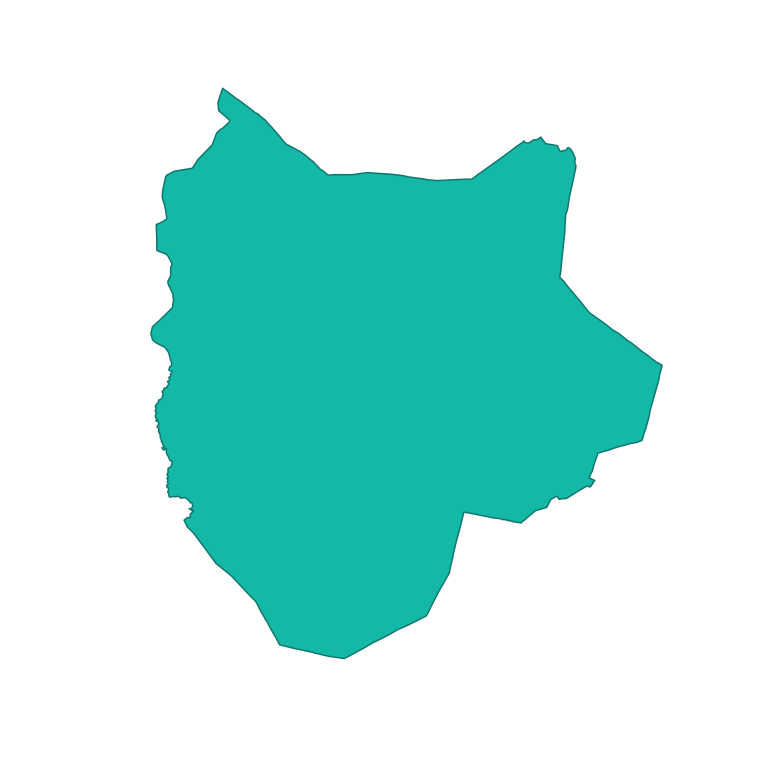 Riebiņu pag., Riebinu, Latvia (Mercator projection), rotated 285°
{"feature_id": "27541924B17369657995455", "entity_name": "Riebiņu pag.", "entity_type": "district", "adm_level": 2, "iso_a3": "LVA", "parent_name": "Latvia", "parent_adm1": "Riebinu", "projection": "mercator", "projection_center": [26.752, 56.344], "detail": "fine", "context": "isolated", "style": "filled", "palette": "teal", "viewbox_px": 768, "rotation_deg": 285, "n_neighbors": 0, "source": "geoboundaries", "source_scale": "gbopen_adm2", "svg_char_len": 6147}
<svg xmlns="http://www.w3.org/2000/svg" viewBox="0 0 768 768"><g transform="rotate(285 384 384)"><path d="M105.0,350.8L105.4,367.3L106.3,383.9L106.4,385.1L106.5,385.4L106.3,385.5L106.1,386.3L106.4,390.7L106.4,393.8L106.7,401.9L107.0,403.5L108.5,416.4L108.6,416.7L111.8,420.3L125.2,434.4L131.3,440.3L134.2,443.8L143.3,453.9L150.0,460.5L154.1,465.7L158.8,471.3L170.3,484.2L171.3,485.0L175.6,486.0L179.8,486.7L196.8,490.4L218.8,496.1L219.0,495.9L226.6,495.5L235.2,495.3L235.8,495.0L252.9,494.5L257.3,494.7L267.7,494.6L280.0,494.3L281.1,495.1L283.0,524.2L284.0,531.2L283.6,533.6L284.1,534.4L284.4,538.5L284.1,539.1L284.4,539.4L284.5,541.4L284.4,543.5L285.3,552.3L285.7,552.2L288.3,554.4L300.7,562.9L306.9,573.1L311.6,574.1L315.9,575.2L320.1,579.5L319.8,581.1L317.9,582.9L319.7,586.8L320.3,588.9L320.6,589.8L333.7,602.1L337.4,605.8L338.0,607.3L337.8,609.7L339.5,610.1L339.5,610.6L345.4,612.4L345.9,608.8L346.3,606.4L351.4,607.1L353.3,607.7L358.4,607.6L372.5,608.5L375.5,613.3L378.5,618.6L380.7,621.5L383.7,626.2L390.5,637.8L393.3,643.9L396.4,647.8L406.2,648.1L409.2,648.4L419.5,648.5L428.5,647.9L459.3,648.4L463.9,647.8L471.3,647.9L474.1,647.7L475.1,644.4L475.6,641.6L478.5,634.3L480.0,631.2L482.1,625.2L487.2,613.5L488.6,609.6L488.9,607.7L489.4,607.2L493.2,598.6L495.8,590.0L499.7,581.1L503.2,571.5L506.2,563.7L511.0,557.0L513.1,554.4L526.1,535.7L529.5,531.5L532.6,526.1L538.0,525.7L549.5,523.7L577.5,519.3L586.9,517.2L591.3,516.4L594.3,515.6L599.6,516.1L613.4,514.7L642.2,513.3L644.0,512.8L644.4,513.0L644.8,512.5L646.3,511.4L649.2,510.6L651.0,510.4L652.0,510.0L654.4,507.9L655.3,507.4L657.5,505.4L659.2,503.3L659.7,502.4L659.9,501.1L659.8,500.5L659.6,500.3L656.7,499.0L656.1,498.1L655.9,496.6L654.7,495.3L654.6,494.1L654.6,493.7L655.3,492.9L656.3,492.1L657.8,490.6L658.5,490.1L658.9,490.0L658.8,489.7L659.0,489.1L659.0,488.3L658.1,479.2L658.2,478.0L659.0,476.6L662.9,471.7L663.0,471.5L660.2,469.1L659.2,467.5L658.9,466.2L658.4,465.1L656.1,463.3L655.1,462.0L654.3,461.3L654.0,460.3L653.6,458.8L653.9,457.6L654.9,456.3L654.7,456.1L653.2,455.2L646.9,449.8L644.0,447.7L628.7,435.5L609.5,419.6L604.4,415.7L603.8,413.0L603.1,410.3L594.2,382.5L592.7,374.0L592.3,369.1L590.4,354.2L590.1,347.9L588.6,337.5L588.6,337.2L585.3,320.6L584.0,313.6L582.0,308.5L579.4,302.6L577.7,298.4L573.6,282.6L571.3,276.1L574.4,269.3L574.4,267.8L577.8,262.4L578.4,260.9L579.7,259.5L584.2,249.5L585.1,247.7L586.9,242.4L589.9,229.8L590.1,227.7L591.0,226.7L592.2,224.3L596.4,218.8L602.1,210.3L605.1,205.6L605.8,204.4L608.2,201.0L611.0,194.2L611.7,194.0L612.9,189.2L620.3,171.2L621.4,167.7L627.8,151.7L626.0,151.4L623.3,151.4L619.4,151.0L612.7,150.8L605.3,153.6L604.2,155.6L603.2,157.9L602.2,159.8L599.5,165.4L598.3,166.8L597.9,166.9L596.9,166.7L588.5,161.4L587.7,160.2L583.4,157.6L582.1,157.3L570.4,156.1L552.6,146.2L542.9,143.1L535.2,126.4L529.5,120.1L528.5,119.7L527.5,119.5L514.1,120.1L507.4,121.3L504.3,123.0L500.1,125.7L494.3,128.6L487.6,131.3L487.0,131.2L484.0,128.7L480.4,124.7L479.7,123.3L479.2,122.9L478.7,122.8L464.4,127.3L454.9,129.8L454.1,130.4L453.4,136.5L453.5,138.2L452.5,141.2L452.1,141.8L445.7,147.7L444.7,148.2L441.3,147.8L434.1,149.8L432.4,149.8L428.8,148.9L427.1,148.7L426.4,148.9L425.0,149.5L423.6,150.4L422.1,151.9L416.5,156.6L410.8,158.9L403.0,159.9L388.0,151.1L379.4,145.6L372.6,145.7L372.2,145.8L367.2,148.8L366.3,149.7L364.8,153.5L364.2,155.4L362.9,162.0L362.6,163.0L359.5,166.9L358.1,168.2L351.4,171.9L350.0,173.1L349.3,173.4L346.7,174.1L346.4,174.0L345.7,173.0L345.2,172.7L342.6,172.5L342.0,172.6L341.5,173.1L341.4,173.5L341.4,175.6L341.0,176.0L339.7,175.9L338.6,175.2L338.0,175.2L336.9,175.9L336.4,175.9L335.5,175.5L335.0,174.6L334.7,174.6L334.0,174.8L332.7,176.1L332.1,176.1L331.0,174.6L330.3,174.4L329.6,174.9L329.0,176.0L328.5,176.2L327.0,175.9L326.3,175.2L325.8,175.1L324.8,175.4L324.6,175.3L324.3,175.0L323.3,173.5L323.2,172.9L322.9,172.6L322.1,172.6L321.3,173.0L321.0,173.0L320.1,171.9L319.6,171.7L318.8,171.9L316.7,173.4L316.1,173.4L315.3,173.0L313.9,173.5L313.5,173.4L312.0,172.5L311.1,172.3L310.8,171.8L310.5,170.8L310.3,170.5L309.7,170.4L308.3,170.7L307.4,170.5L304.9,169.2L303.7,168.9L302.5,169.3L301.1,170.4L299.5,169.9L298.5,170.0L298.1,170.4L297.8,171.3L297.6,171.6L295.6,171.3L294.1,171.4L292.6,172.0L291.9,172.7L291.5,173.3L291.3,174.3L291.1,174.6L290.4,174.5L289.8,173.3L289.3,173.4L289.2,175.1L289.0,175.5L288.6,176.0L287.6,176.5L286.0,176.7L284.5,175.9L283.9,175.9L283.5,176.2L283.3,176.6L283.3,177.3L283.1,177.8L282.3,178.2L279.9,178.4L279.4,178.7L279.0,179.5L278.1,180.0L276.9,181.0L274.2,181.8L272.7,183.3L270.5,184.0L269.7,185.3L268.2,186.1L266.9,187.7L266.4,187.8L266.3,187.4L265.4,186.9L265.2,186.2L264.9,186.1L264.3,186.6L263.7,187.3L263.3,188.1L263.3,188.5L263.6,189.0L263.9,189.2L264.9,189.0L265.3,189.2L265.5,189.7L265.4,190.1L264.0,191.1L262.0,191.2L261.0,192.0L259.5,192.9L259.2,193.1L258.7,194.0L257.3,194.9L256.8,195.6L255.7,196.2L255.2,196.8L254.5,198.2L254.5,199.2L253.6,199.3L253.3,199.5L251.9,199.8L250.9,199.6L249.9,199.8L248.2,199.0L247.8,198.7L247.2,197.7L246.5,197.3L245.7,197.7L244.8,197.5L244.2,197.9L243.7,198.0L243.1,198.4L241.5,198.0L240.7,198.0L239.9,198.2L239.5,198.6L239.3,199.1L238.8,199.4L238.2,199.6L236.7,198.9L236.4,198.9L236.2,199.4L235.1,200.2L234.7,200.3L233.5,200.0L232.2,201.1L231.7,201.3L230.4,200.6L229.5,200.4L228.7,200.6L227.9,201.5L227.6,202.7L227.2,203.0L225.1,203.4L224.1,203.0L223.5,203.2L222.2,204.6L220.8,205.0L219.7,205.6L219.5,205.9L219.3,206.5L219.5,207.0L220.6,209.2L220.9,209.9L220.8,210.4L221.2,211.7L221.9,213.6L222.3,214.5L222.1,215.5L221.5,217.2L221.2,217.2L222.2,220.2L222.8,221.0L222.6,222.0L221.4,224.7L220.7,226.0L219.1,227.6L219.1,227.9L219.8,228.9L219.6,229.3L216.9,230.6L216.2,230.8L214.7,230.5L213.3,229.2L213.1,228.6L211.9,231.3L212.0,231.5L212.6,231.8L212.8,232.2L212.3,232.7L211.7,232.7L210.5,232.2L209.3,231.1L208.6,230.7L207.1,230.6L205.4,231.4L204.9,231.2L204.6,230.8L204.3,228.9L203.9,228.4L200.7,226.2L195.1,230.9L190.8,238.5L178.6,254.0L167.2,268.1L160.4,283.5L158.8,286.8L143.5,311.5L140.9,316.2L138.7,318.4L131.9,324.4L129.7,326.8L126.1,330.3L123.8,332.9L119.3,336.8L112.2,344.0L105.0,350.8Z" fill="#14b8a6" stroke="#0f766e" stroke-width="1.5"/></g></svg>